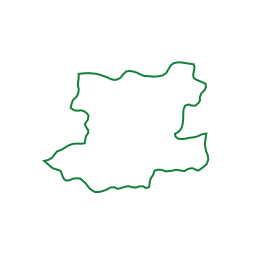 Fernandes Tourinho, Minas Gerais, Brazil, rotated 61°
{"feature_id": "56859067B23476537277650", "entity_name": "Fernandes Tourinho", "entity_type": "district", "adm_level": 2, "iso_a3": "BRA", "parent_name": "Brazil", "parent_adm1": "Minas Gerais", "projection": "natural_earth1", "projection_center": [-42.097, -19.105], "detail": "fine", "context": "isolated", "style": "outline", "palette": "green", "viewbox_px": 256, "rotation_deg": 61, "n_neighbors": 0, "source": "geoboundaries", "source_scale": "gbopen_adm2", "svg_char_len": 1982}
<svg xmlns="http://www.w3.org/2000/svg" viewBox="0 0 256 256"><g transform="rotate(61 128 128)"><path d="M104.2,39.6L102.0,42.5L99.5,45.7L96.9,49.1L94.7,52.6L93.5,56.3L93.8,59.9L96.3,64.3L98.5,68.0L98.8,72.3L97.2,77.3L95.3,80.9L93.5,83.7L91.8,86.1L90.1,88.9L87.0,91.3L83.8,93.5L81.1,96.1L78.7,99.2L77.7,102.3L78.8,106.4L80.4,110.2L80.4,113.8L79.3,116.8L76.7,119.4L73.0,122.1L70.1,124.7L67.8,126.8L65.4,129.3L62.8,133.0L60.7,136.2L58.6,140.5L56.7,145.0L60.5,147.0L64.0,149.6L66.4,151.2L69.8,152.1L73.3,154.5L75.6,157.6L77.0,162.8L79.6,165.7L82.6,168.4L86.4,166.6L88.5,163.6L89.8,160.5L91.9,158.4L95.1,156.9L98.2,156.6L101.3,159.2L103.8,164.0L107.5,164.2L110.5,163.8L113.0,165.2L114.7,168.6L117.3,170.9L120.4,173.3L118.9,176.9L116.7,180.5L115.0,184.4L114.4,189.1L114.7,193.6L114.7,197.8L114.1,201.4L115.7,205.4L117.2,208.9L117.3,213.2L116.1,217.3L121.4,215.4L124.0,214.5L126.7,213.3L129.9,210.3L132.8,207.7L135.7,208.1L138.4,208.6L141.2,208.8L143.8,207.8L145.3,204.6L145.6,201.0L146.9,197.6L149.1,194.2L152.7,193.0L155.9,191.9L159.0,191.4L162.3,190.9L165.4,189.5L168.0,187.9L169.7,184.8L170.8,181.4L171.5,177.0L171.5,172.2L173.1,168.8L176.0,166.8L177.2,163.3L177.9,159.1L179.3,155.4L181.6,153.3L183.9,150.2L184.5,146.6L186.2,143.1L189.2,141.5L189.9,138.2L185.5,134.9L183.0,132.3L181.3,129.0L178.1,125.3L179.1,121.8L181.0,118.8L184.3,115.9L186.5,110.9L187.8,106.3L190.2,103.2L193.0,99.7L193.0,94.9L194.3,91.2L196.7,89.4L199.3,87.3L198.8,81.8L197.8,76.9L194.7,73.2L190.3,71.4L186.3,71.0L182.7,69.8L179.4,68.7L176.2,66.3L173.7,64.4L170.9,62.2L169.3,66.5L169.1,70.9L168.0,75.1L166.4,79.0L165.4,82.2L164.3,85.4L161.6,89.4L158.7,90.6L155.9,89.8L155.9,85.8L154.1,81.4L151.2,78.5L148.7,76.6L146.0,74.9L143.3,73.3L140.4,71.6L138.2,69.9L136.1,67.1L136.9,63.5L139.1,61.6L141.1,58.3L140.4,54.4L138.7,51.6L135.8,50.2L133.3,47.1L132.1,43.0L130.2,40.1L126.9,38.7L123.0,41.6L119.3,44.6L116.2,46.3L113.2,45.3L109.7,42.4L107.4,40.5L104.2,39.6Z" fill="none" stroke="#15803d" stroke-width="2"/></g></svg>